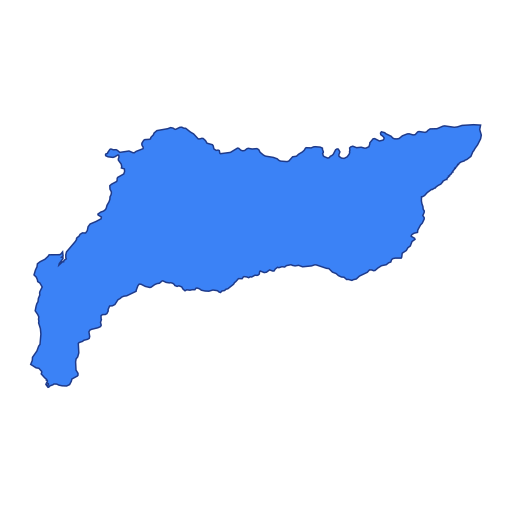 outline of Marisel, Cluj, Romania
{"feature_id": "2599482B88504736403182", "entity_name": "Marisel", "entity_type": "district", "adm_level": 2, "iso_a3": "ROU", "parent_name": "Romania", "parent_adm1": "Cluj", "projection": "robinson", "projection_center": [23.156, 46.66], "detail": "fine", "context": "isolated", "style": "filled", "palette": "blue", "viewbox_px": 512, "rotation_deg": 0, "n_neighbors": 0, "source": "geoboundaries", "source_scale": "gbopen_adm2", "svg_char_len": 6020}
<svg xmlns="http://www.w3.org/2000/svg" viewBox="0 0 512 512"><path d="M417.5,232.4L417.8,230.0L420.5,225.0L422.3,223.1L424.2,219.0L424.2,217.7L422.8,215.5L424.1,212.6L424.3,211.0L423.2,209.3L422.9,206.5L421.9,203.7L421.4,200.9L421.5,196.8L422.5,196.7L424.6,195.5L427.2,192.6L431.4,189.5L432.3,189.5L434.5,188.1L435.3,188.0L436.0,187.0L438.2,185.4L440.8,184.1L442.7,181.9L442.6,181.5L443.7,180.7L446.3,179.3L446.8,179.5L447.3,178.0L448.7,176.7L448.6,176.0L449.6,175.9L450.1,174.6L451.2,174.0L452.4,171.9L452.9,172.0L453.0,170.9L454.5,169.2L454.6,168.5L455.3,168.4L455.1,167.8L456.6,166.7L457.4,165.2L457.9,164.9L457.8,164.4L458.5,164.4L459.3,163.1L461.2,161.9L464.3,160.9L465.3,160.0L466.7,159.6L470.9,156.4L472.9,151.6L473.7,150.8L474.9,148.6L477.6,144.8L480.6,138.8L481.3,135.1L479.7,129.5L480.6,125.1L473.6,124.7L462.1,125.4L457.4,126.9L454.3,127.3L444.7,125.9L443.1,126.1L437.0,128.7L430.1,128.9L427.8,130.5L426.8,131.7L425.1,132.4L419.0,131.5L417.7,131.9L415.2,134.6L414.3,134.8L413.0,134.9L409.2,133.8L407.3,133.9L402.4,135.8L399.1,138.5L397.0,138.9L394.3,138.8L392.6,137.9L391.2,136.3L385.6,133.6L384.8,132.7L381.4,131.8L380.5,133.1L380.8,134.7L383.0,136.4L384.1,137.8L384.0,138.8L383.1,140.1L379.4,141.0L374.7,138.6L373.1,138.8L369.8,142.8L369.8,144.0L368.9,146.7L366.0,148.1L364.7,148.2L361.2,147.2L356.6,147.7L352.8,146.2L350.7,146.9L349.6,148.0L349.9,150.1L349.5,151.8L349.7,152.6L349.2,154.1L347.2,156.8L344.2,158.4L341.5,158.1L339.1,156.4L338.8,154.9L339.9,151.9L338.3,149.1L337.1,148.9L335.6,149.8L333.2,154.4L331.8,155.6L330.4,156.2L329.2,157.7L327.8,158.1L324.2,156.6L323.3,155.8L322.6,153.4L323.3,152.6L323.3,151.6L322.5,149.6L322.4,148.1L320.1,147.1L315.2,146.7L313.5,146.9L311.2,147.9L306.1,147.7L305.3,148.4L304.2,150.3L302.3,152.0L298.6,154.2L296.5,156.2L292.6,156.8L288.9,161.0L287.1,161.6L280.6,161.1L278.8,160.3L277.2,158.8L273.3,157.4L265.4,156.1L263.5,155.1L260.1,152.3L258.7,149.6L256.9,148.6L252.1,149.0L248.2,148.3L246.8,148.8L244.7,150.5L242.7,150.8L240.8,150.2L238.7,148.3L237.5,148.1L230.4,152.4L220.4,153.7L219.8,153.1L219.3,150.6L218.1,150.1L216.1,150.4L213.9,148.9L213.2,145.8L212.4,144.7L207.0,143.2L205.5,140.6L203.2,138.5L201.9,138.3L199.8,138.9L198.2,138.9L193.6,133.9L190.5,132.1L185.7,128.3L183.8,128.2L181.8,127.2L179.9,127.3L175.8,129.3L174.9,129.3L173.0,128.1L170.6,127.6L167.7,128.7L156.9,130.6L154.1,133.0L153.4,134.8L150.9,137.4L150.5,138.8L149.6,139.3L144.8,139.6L143.7,140.3L142.0,143.0L141.8,144.1L142.1,145.5L143.1,147.1L143.2,148.1L143.0,148.7L136.1,151.4L134.2,152.8L132.9,152.7L129.0,151.0L119.8,152.4L117.3,150.3L116.1,149.7L113.4,149.8L110.9,149.0L109.9,149.4L107.8,152.4L107.5,153.4L105.9,153.9L105.5,154.8L105.7,155.7L108.0,156.8L113.0,157.4L114.8,156.8L117.8,155.0L118.7,155.2L119.0,157.0L118.3,159.0L118.4,160.2L121.2,164.1L121.7,166.4L121.4,168.0L124.4,168.9L124.6,171.6L123.7,174.0L117.7,177.4L117.2,178.3L117.1,180.4L116.6,181.5L111.5,184.2L109.8,185.7L110.0,189.2L111.3,191.7L111.4,192.9L111.1,194.6L110.0,196.9L109.9,199.2L109.1,201.6L107.0,205.3L106.2,208.3L105.4,209.6L103.5,211.1L100.7,212.1L97.9,214.1L98.1,215.0L101.4,217.0L101.1,218.8L96.0,221.5L90.1,224.0L88.1,226.7L87.3,230.6L85.6,233.0L82.4,232.9L80.1,234.3L79.0,236.2L76.9,237.8L76.4,239.0L76.6,239.5L75.3,241.5L66.5,251.9L65.8,254.7L65.8,257.6L66.3,258.8L64.9,259.7L63.6,261.1L63.6,261.8L62.5,261.8L58.9,265.1L59.3,263.5L63.0,258.6L63.0,257.7L61.6,257.2L63.1,256.1L62.6,251.9L60.8,254.1L59.5,254.7L49.1,254.8L48.1,256.3L44.9,259.3L40.1,261.7L37.4,263.8L37.0,266.8L35.5,269.9L34.0,274.9L36.3,277.2L37.4,279.8L37.7,281.6L39.9,283.0L42.2,287.0L39.9,291.6L39.6,292.9L39.8,295.0L38.4,298.3L38.0,301.7L36.8,303.8L36.1,306.2L35.2,310.8L37.7,314.5L38.8,316.9L38.5,319.2L38.9,321.3L38.6,322.9L40.4,328.6L40.9,334.1L40.0,344.4L38.7,346.1L36.9,351.0L32.5,357.3L32.3,360.4L30.7,364.4L36.0,367.8L38.9,368.3L41.5,371.2L41.8,372.1L41.2,373.9L44.6,377.7L46.5,379.3L46.3,380.1L47.3,380.4L47.4,381.4L46.6,382.8L48.4,383.7L48.4,384.6L47.8,385.6L46.0,384.2L45.9,384.5L48.0,387.3L48.7,387.2L49.9,385.9L52.9,384.8L54.0,384.0L56.8,384.1L58.8,385.1L62.1,385.8L66.6,386.0L69.6,384.6L71.3,381.3L71.9,379.0L77.4,376.0L78.0,375.2L78.0,373.3L76.0,370.1L75.6,361.8L76.1,358.9L77.7,356.9L78.8,352.9L78.3,343.4L79.2,342.5L82.5,341.4L83.8,340.3L87.6,339.3L89.2,338.4L89.7,336.5L88.9,331.8L90.0,330.0L91.6,329.3L97.8,327.8L100.5,326.6L101.2,325.2L100.5,322.3L101.4,319.6L101.1,318.8L101.0,315.8L102.4,314.6L105.3,314.5L106.9,313.6L108.2,311.0L108.1,309.5L109.6,306.0L112.4,305.8L114.9,304.5L117.9,299.8L120.4,298.3L121.5,297.2L123.8,296.2L126.7,295.8L136.1,291.3L136.3,290.0L137.9,285.7L139.2,284.1L141.0,284.2L145.3,286.4L149.9,287.5L151.1,287.2L154.7,284.6L157.0,283.6L159.5,283.2L161.9,281.1L162.8,280.8L166.1,282.4L169.4,282.9L170.8,282.7L172.8,283.3L174.3,284.5L174.8,285.5L177.1,286.4L178.9,285.8L181.7,286.9L183.0,289.1L185.0,290.8L186.7,289.8L190.0,290.2L192.1,289.7L194.9,289.7L195.9,288.3L197.0,288.0L199.3,288.7L201.4,290.2L205.0,291.0L208.9,291.2L212.9,290.0L217.5,290.7L219.0,292.0L220.5,292.5L221.9,291.0L224.6,290.5L226.0,289.2L227.8,288.8L233.6,284.2L234.5,282.6L235.7,281.7L238.5,278.6L242.1,278.7L243.3,277.0L244.0,276.6L246.7,276.9L248.7,277.7L250.2,276.8L251.7,277.0L255.0,275.2L257.1,275.4L258.4,274.9L259.3,274.0L259.6,271.8L260.2,271.0L264.2,272.6L266.5,272.2L269.6,269.9L272.6,271.0L274.0,271.0L275.4,268.9L277.5,267.3L278.9,267.7L281.9,266.7L284.7,267.0L286.5,265.6L291.0,264.7L292.5,265.4L295.1,265.9L298.6,265.3L302.6,266.8L311.5,265.9L314.8,264.8L316.2,264.9L326.4,268.3L328.9,268.6L332.4,272.1L336.2,273.6L338.4,275.6L341.4,277.0L344.0,277.2L346.6,279.5L348.4,279.4L351.9,280.4L353.5,279.6L356.3,279.0L359.4,276.1L367.3,272.3L369.5,269.9L371.9,270.0L373.5,270.7L375.0,270.5L377.9,268.0L381.5,265.7L386.3,264.7L388.6,262.8L390.8,262.0L391.6,259.6L392.9,258.6L395.3,258.1L401.2,258.1L401.7,257.2L402.2,253.2L406.3,250.5L407.9,247.7L410.3,246.0L412.0,241.5L415.0,239.4L414.6,238.3L411.2,236.3L411.3,235.5L412.0,234.5L414.1,233.2L417.5,232.4Z" fill="#3b82f6" stroke="#1e3a8a" stroke-width="1.5"/></svg>